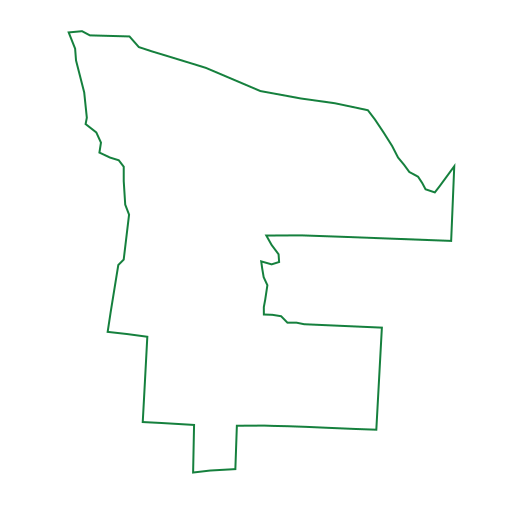 the district of Teutônia, Rio Grande do Sul, Brazil, rotated 92°
{"feature_id": "56859067B69463927018614", "entity_name": "Teutônia", "entity_type": "district", "adm_level": 2, "iso_a3": "BRA", "parent_name": "Brazil", "parent_adm1": "Rio Grande do Sul", "projection": "robinson", "projection_center": [-51.779, -29.465], "detail": "fine", "context": "isolated", "style": "outline", "palette": "green", "viewbox_px": 512, "rotation_deg": 92, "n_neighbors": 0, "source": "geoboundaries", "source_scale": "gbopen_adm2", "svg_char_len": 1140}
<svg xmlns="http://www.w3.org/2000/svg" viewBox="0 0 512 512"><g transform="rotate(92 256 256)"><path d="M425.4,129.7L323.2,127.7L322.5,205.5L321.2,213.3L321.5,222.3L315.3,228.8L314.2,237.6L314.2,246.1L306.8,246.4L299.5,245.3L284.8,243.6L276.9,247.6L268.1,249.4L261.2,250.6L263.8,240.1L261.2,232.7L253.5,233.5L244.4,240.8L235.2,246.4L233.8,211.5L233.8,202.7L233.8,170.1L234.1,61.5L206.7,61.3L159.4,61.0L180.1,75.1L186.2,79.5L183.4,88.9L177.3,92.4L171.1,96.8L166.7,105.7L159.7,111.2L152.6,117.5L141.3,123.8L128.1,132.8L115.3,142.0L106.4,149.3L100.6,182.4L97.0,216.8L91.0,257.4L69.7,312.8L64.3,332.8L55.1,367.3L51.3,380.4L41.0,390.1L41.3,429.7L37.4,437.7L39.1,451.0L55.1,444.0L66.8,442.7L98.5,433.4L123.7,429.9L130.1,430.9L138.1,419.9L148.1,414.9L158.1,416.1L162.7,405.4L165.1,396.5L171.4,391.3L185.8,390.8L209.2,388.5L219.1,384.3L264.2,388.1L269.8,393.3L317.2,399.3L337.0,401.6L338.5,382.0L340.5,361.8L405.8,363.0L425.9,363.4L426.2,344.2L427.0,312.0L474.6,311.3L472.0,294.3L469.7,269.2L426.3,269.2L425.2,241.6L425.2,233.0L425.0,218.2L425.0,200.0L425.2,178.4L425.4,150.8L425.4,129.7Z" fill="none" stroke="#15803d" stroke-width="2"/></g></svg>